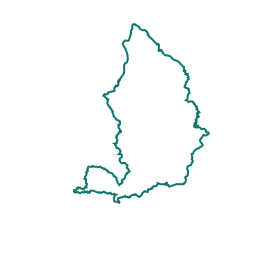 Timor Tengah Utara, Nusa Tenggara Timur, Indonesia, rotated 322°
{"feature_id": "22746128B66987763142599", "entity_name": "Timor Tengah Utara", "entity_type": "district", "adm_level": 2, "iso_a3": "IDN", "parent_name": "Indonesia", "parent_adm1": "Nusa Tenggara Timur", "projection": "robinson", "projection_center": [124.402, -9.341], "detail": "fine", "context": "isolated", "style": "outline", "palette": "teal", "viewbox_px": 256, "rotation_deg": 322, "n_neighbors": 0, "source": "geoboundaries", "source_scale": "gbopen_adm2", "svg_char_len": 5912}
<svg xmlns="http://www.w3.org/2000/svg" viewBox="0 0 256 256"><g transform="rotate(322 128 128)"><path d="M196.2,49.5L194.7,49.7L192.1,52.8L190.5,53.0L189.4,53.9L188.7,55.2L182.8,59.4L181.7,59.3L179.8,57.4L177.7,57.4L175.9,58.1L175.3,59.6L174.6,64.2L173.5,67.9L172.5,70.2L170.1,73.8L167.6,75.6L166.5,75.6L165.6,75.2L163.4,76.3L159.9,81.1L158.4,82.4L152.3,84.4L149.1,85.1L149.1,85.6L148.5,85.6L148.3,85.8L148.7,85.6L148.5,85.9L149.1,86.0L148.4,86.3L146.7,88.3L145.0,88.4L144.9,87.2L144.6,87.1L142.5,88.0L141.9,88.0L140.1,90.5L134.9,87.9L133.9,88.0L133.1,88.7L131.8,88.4L130.5,86.9L129.5,86.9L128.5,87.5L128.9,87.9L129.5,91.7L129.1,92.6L129.9,93.2L128.8,93.7L128.4,94.6L126.8,95.7L126.3,99.6L126.8,100.6L126.2,101.5L126.6,103.1L126.0,104.1L126.1,105.9L125.4,106.1L124.6,108.8L123.8,109.8L124.2,112.0L124.0,114.1L124.7,115.6L125.4,116.5L125.6,118.0L124.9,119.3L124.0,119.6L123.8,120.2L122.1,119.7L121.7,120.9L120.8,121.6L120.4,126.3L120.0,126.2L119.7,126.6L119.3,125.8L118.8,126.4L117.9,125.9L116.8,126.9L115.3,126.8L114.5,127.4L114.2,127.1L112.9,127.9L113.1,128.4L112.6,129.2L112.4,130.8L109.9,132.9L107.8,132.0L108.0,132.4L107.6,133.0L107.9,133.6L107.4,134.0L107.5,135.3L107.1,136.3L106.8,136.2L106.6,136.7L107.6,137.6L108.3,139.9L107.7,140.8L107.9,141.7L106.1,142.9L104.7,143.0L106.3,144.3L106.6,145.4L105.0,147.2L102.7,147.0L102.4,147.1L102.2,147.8L101.4,148.3L101.1,151.0L102.3,152.8L103.1,152.9L104.0,153.7L104.0,154.8L104.6,156.8L104.3,157.5L102.8,158.1L102.5,159.4L102.9,159.9L102.6,161.1L102.8,162.4L102.5,163.2L101.4,163.3L99.8,162.6L98.9,163.6L97.6,163.3L94.2,165.8L91.0,165.3L90.0,167.5L89.2,167.2L88.9,167.6L87.9,167.7L86.7,167.2L86.0,167.5L86.3,164.2L86.9,163.2L87.3,161.4L88.2,160.1L87.8,159.2L87.9,158.0L87.4,157.8L87.2,156.6L87.9,154.9L86.7,152.4L85.2,150.8L85.2,150.4L85.7,150.1L85.7,149.5L85.5,148.5L85.0,148.3L85.1,147.4L84.5,146.0L84.6,145.5L84.3,145.2L83.8,145.4L83.6,144.2L82.8,143.4L82.4,141.4L80.5,140.6L79.2,138.8L77.8,138.1L76.8,136.2L75.8,136.5L73.0,134.1L71.9,134.6L71.6,135.2L70.4,135.3L69.9,137.1L68.7,137.3L67.7,137.1L67.2,138.5L66.2,139.4L63.7,140.2L63.4,140.8L62.5,141.1L62.5,141.7L63.3,142.5L61.0,145.5L61.2,147.1L59.6,147.9L58.6,147.8L58.6,149.1L57.3,148.4L55.2,148.9L53.9,146.5L53.5,146.4L53.2,145.1L52.1,144.1L51.4,144.9L50.6,144.1L50.2,144.9L49.5,144.9L47.3,144.6L47.0,143.9L46.4,144.7L46.4,146.0L46.9,146.7L48.0,146.8L49.2,147.7L49.2,148.5L50.2,149.8L51.6,150.0L52.6,150.7L53.1,150.6L53.1,151.5L54.9,152.3L55.2,151.8L55.6,152.9L56.4,153.0L56.4,153.6L57.0,153.3L57.4,154.0L57.0,154.8L57.5,155.3L58.1,155.4L59.6,154.3L61.2,155.2L62.1,156.1L64.7,160.7L65.7,160.7L66.2,162.1L66.9,162.2L67.1,162.7L69.7,163.2L70.0,164.4L70.6,164.8L71.4,166.9L71.9,167.4L72.6,167.3L73.4,168.2L74.4,168.3L74.2,169.6L74.5,170.3L75.6,171.2L76.6,171.3L76.9,172.4L77.6,173.2L76.0,173.3L74.5,174.1L72.5,176.1L72.1,177.9L72.9,178.3L74.3,179.8L74.6,181.1L75.0,181.5L75.6,181.1L76.0,178.2L76.5,177.5L77.1,177.3L77.9,177.9L79.3,178.1L80.9,179.2L81.6,179.1L81.9,179.5L83.7,179.7L83.6,180.6L83.9,181.2L84.9,181.4L85.2,182.5L85.6,182.5L85.6,183.0L86.5,183.8L87.1,183.8L87.6,183.2L90.2,183.4L91.7,184.7L92.6,184.3L93.4,185.3L93.2,186.4L94.3,188.6L94.2,189.1L94.6,189.4L97.1,189.2L99.5,188.0L101.0,188.3L101.6,187.9L102.4,188.2L104.0,190.5L105.8,188.8L106.8,189.1L107.1,189.6L107.6,189.6L108.2,190.3L109.1,189.9L110.0,190.7L110.8,189.6L112.8,189.9L114.1,191.2L117.0,190.6L117.4,189.8L119.2,192.5L122.3,194.8L122.6,195.7L123.0,195.4L123.3,195.8L124.1,194.8L124.5,194.8L124.5,195.1L125.2,194.5L124.8,195.4L124.2,195.8L124.6,197.4L124.0,197.4L124.5,199.6L132.0,202.3L134.1,204.2L135.4,204.8L135.8,205.7L136.6,205.9L137.2,206.5L137.8,206.0L139.1,206.2L140.2,205.9L142.1,204.2L142.3,202.6L143.0,202.0L145.2,202.3L146.3,201.8L149.0,198.8L149.5,196.4L150.8,195.3L151.7,195.1L155.0,195.9L156.4,195.2L157.0,194.4L158.3,194.5L158.8,193.8L159.1,191.8L160.6,191.0L160.8,189.8L162.2,187.8L163.2,188.2L165.4,187.1L167.9,186.6L170.0,186.9L171.8,187.7L173.4,187.4L174.9,187.8L176.0,187.7L176.7,186.9L176.5,183.6L177.4,181.6L181.1,180.8L182.8,180.1L183.7,180.2L184.3,181.8L187.9,182.4L188.7,181.1L187.5,180.1L187.7,179.3L187.2,179.0L188.0,177.5L187.7,176.8L187.8,175.7L185.3,174.2L184.9,171.9L184.2,170.8L184.6,169.2L183.7,169.3L182.6,170.1L181.2,168.5L181.0,167.7L181.3,167.1L182.5,167.5L182.5,166.5L183.1,166.5L183.3,165.9L183.6,166.4L183.3,167.1L184.4,166.7L185.0,166.2L184.3,165.9L184.5,165.4L185.2,165.3L185.9,163.8L186.3,164.4L186.8,164.3L187.7,162.5L188.7,162.5L189.3,161.8L189.8,162.5L190.3,162.0L190.8,162.4L191.0,161.1L190.6,160.7L191.2,159.9L191.1,159.0L191.7,158.9L192.1,159.5L193.9,159.6L193.8,158.8L193.3,158.1L193.9,156.4L193.6,155.4L194.4,155.3L195.3,153.6L194.6,153.2L195.2,152.0L194.9,151.3L195.3,149.9L194.8,149.4L195.3,148.7L194.9,148.5L195.2,147.0L193.3,145.2L191.9,145.0L191.4,144.0L191.5,142.3L191.1,141.9L192.5,142.0L195.5,138.8L196.6,138.3L197.9,138.5L198.4,137.9L199.0,136.1L199.7,134.9L199.4,134.7L199.6,134.2L199.2,134.1L199.2,133.2L198.0,131.5L198.3,131.1L198.0,130.5L198.5,130.3L198.8,129.6L199.4,129.6L202.1,127.7L203.0,127.9L204.4,126.7L205.9,126.7L206.0,125.7L206.4,126.0L206.7,125.5L206.5,125.2L207.0,125.1L207.4,123.6L207.0,122.4L207.6,122.8L208.1,122.2L207.5,122.1L207.4,120.8L207.8,120.9L207.1,120.4L207.0,119.5L207.7,118.7L207.2,118.0L207.5,117.9L207.4,117.6L207.9,117.7L207.6,117.3L207.9,116.6L208.3,116.6L209.6,114.4L209.3,114.2L209.4,113.9L209.0,112.8L209.2,111.1L208.7,109.6L208.7,107.0L208.3,105.9L205.9,102.0L205.5,97.6L203.7,95.0L202.1,93.7L201.9,91.1L201.4,90.2L202.2,89.1L202.3,87.4L200.6,87.1L199.8,86.0L200.5,85.6L200.5,85.3L201.2,85.4L201.1,85.0L201.6,83.9L203.2,82.1L203.6,80.5L203.4,80.0L202.3,80.2L202.4,79.8L201.4,70.8L200.8,69.9L201.2,69.0L200.9,68.3L201.3,67.3L200.9,66.9L201.7,66.0L202.2,63.6L201.2,60.8L200.3,60.5L198.8,58.3L198.4,56.5L199.1,55.1L198.3,54.1L198.0,52.3L197.2,51.5L197.3,50.5L196.8,50.4L196.2,49.5Z" fill="none" stroke="#0f766e" stroke-width="2"/></g></svg>